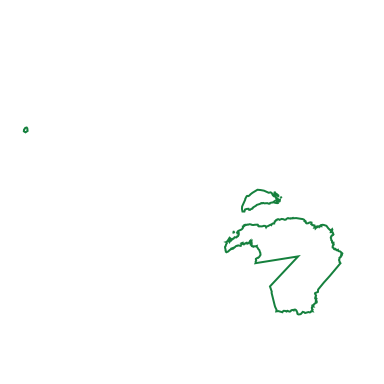 the district of Lau-Mbaelela, Malaita, Solomon Islands, rotated 310°
{"feature_id": "97153195B87820202711948", "entity_name": "Lau-Mbaelela", "entity_type": "district", "adm_level": 2, "iso_a3": "SLB", "parent_name": "Solomon Islands", "parent_adm1": "Malaita", "projection": "orthographic", "projection_center": [160.756, -8.207], "detail": "fine", "context": "isolated", "style": "outline", "palette": "green", "viewbox_px": 384, "rotation_deg": 310, "n_neighbors": 0, "source": "geoboundaries", "source_scale": "gbopen_adm2", "svg_char_len": 6143}
<svg xmlns="http://www.w3.org/2000/svg" viewBox="0 0 384 384"><g transform="rotate(310 192 192)"><path d="M154.7,333.3L156.2,334.6L158.0,338.5L158.5,338.3L159.9,338.6L160.8,339.8L161.2,341.3L161.6,341.4L161.9,341.2L162.3,341.4L162.9,343.3L163.3,343.9L164.8,344.2L165.3,344.1L166.4,345.0L166.7,346.1L167.5,345.9L168.2,346.5L168.4,347.4L168.2,348.5L167.9,348.7L167.4,350.2L166.8,350.6L166.4,351.3L166.6,352.2L167.8,353.4L168.5,353.8L171.4,353.9L172.0,355.4L172.0,356.4L174.9,358.4L175.5,359.7L176.2,360.1L177.1,359.9L177.7,360.2L178.1,360.9L178.3,360.3L179.4,360.0L179.4,359.2L179.8,358.8L180.4,358.6L180.4,358.2L181.9,357.6L182.3,358.3L182.5,357.5L182.9,357.9L183.2,357.9L183.5,357.6L183.7,357.8L185.0,357.6L186.1,358.1L186.5,357.9L187.4,358.5L188.0,358.3L188.3,357.9L187.7,357.2L188.9,356.3L189.1,356.6L189.5,356.1L190.1,355.9L189.7,355.3L189.6,354.9L189.8,354.6L190.2,354.6L190.6,354.2L191.1,354.4L191.7,353.7L192.3,353.7L193.1,352.2L193.1,351.6L193.8,351.3L196.4,352.7L198.4,351.3L207.6,351.2L216.2,351.5L232.9,351.5L233.2,350.0L233.6,349.9L234.4,348.3L235.8,347.9L236.2,347.3L237.1,347.3L237.8,347.7L238.2,347.5L239.1,347.5L239.2,347.1L239.8,347.2L240.1,346.6L240.5,346.9L240.7,346.5L241.0,346.7L241.6,346.6L241.7,343.8L241.0,342.4L241.1,341.7L241.5,341.0L241.2,340.9L240.8,341.1L240.6,340.8L240.3,340.0L240.6,339.5L240.3,338.8L240.5,338.4L239.7,338.0L239.6,337.4L240.2,336.2L239.9,335.4L241.0,334.5L242.7,334.4L242.8,333.5L243.2,333.2L243.9,333.3L244.2,332.9L243.3,332.1L243.5,331.6L244.6,330.6L244.7,329.5L245.3,329.1L246.1,327.7L246.7,327.4L247.2,327.5L247.6,327.1L248.4,327.3L248.8,327.1L249.7,327.7L250.5,327.6L250.7,327.0L251.5,325.8L251.2,324.6L250.8,324.6L250.4,324.1L251.2,323.7L252.4,324.1L253.4,323.7L253.6,323.3L252.8,323.3L252.1,322.7L251.6,322.0L251.8,319.7L252.5,316.7L251.5,314.2L250.8,313.1L249.8,312.3L249.6,312.5L249.6,312.2L249.1,311.9L248.6,312.0L248.4,312.6L248.1,312.3L248.0,311.7L247.5,311.5L247.2,311.9L246.9,311.9L247.1,311.1L246.3,310.1L245.9,310.4L246.0,311.2L245.3,310.1L243.5,310.0L244.3,309.0L243.7,308.6L244.6,308.4L244.4,307.8L245.1,307.3L244.6,306.2L243.9,305.5L244.2,304.8L244.0,304.1L244.6,303.9L245.4,303.2L244.9,302.2L243.8,301.4L243.1,301.3L241.9,300.3L241.6,299.9L241.6,299.2L242.2,298.5L242.1,297.6L241.9,297.4L241.9,297.2L242.6,297.3L242.6,296.9L242.4,296.7L242.8,295.7L242.4,294.2L241.6,292.9L239.0,288.6L237.0,286.5L237.1,286.0L236.5,285.6L236.0,285.6L235.5,284.8L235.0,284.6L235.0,284.2L234.0,283.3L233.9,282.6L233.6,282.2L232.2,281.7L231.1,281.6L230.2,280.7L229.9,279.5L229.0,278.0L226.9,276.9L226.8,275.9L226.4,275.3L225.0,274.6L224.7,274.9L224.0,274.5L223.2,274.6L222.7,274.3L222.2,274.7L221.2,274.8L220.7,275.2L219.7,274.1L218.6,273.8L217.7,274.0L217.7,273.4L217.5,273.2L214.2,271.9L213.7,271.4L213.1,271.3L212.6,271.4L213.0,270.5L213.0,269.8L212.3,268.8L211.0,268.0L210.0,267.0L209.4,266.0L208.7,265.5L208.6,264.5L209.0,264.3L209.2,263.3L207.3,261.2L206.1,260.2L205.3,259.0L205.0,257.9L204.2,256.7L202.9,255.9L202.7,255.4L202.0,255.0L201.7,254.6L201.4,254.2L201.1,254.4L200.7,254.2L200.7,253.6L200.4,253.4L199.8,253.2L199.2,253.7L198.8,253.4L198.5,253.6L198.2,253.3L198.0,253.6L197.1,254.1L196.8,254.0L196.2,254.2L195.0,254.0L192.2,252.6L191.1,253.2L190.7,254.2L189.9,254.7L189.4,255.2L187.7,255.6L186.9,255.1L186.4,255.3L185.7,255.2L184.7,253.7L182.9,253.8L182.3,253.2L181.6,253.4L181.0,253.0L179.8,253.2L178.8,252.6L177.7,252.9L177.9,251.9L178.4,251.7L179.5,251.9L180.2,251.3L181.1,251.5L181.1,250.2L178.3,250.6L176.0,250.7L175.7,250.5L175.8,250.8L175.5,250.9L175.2,251.6L173.8,251.8L171.9,252.6L171.4,252.5L170.7,253.0L169.2,255.0L168.6,255.4L168.4,256.4L168.0,256.5L168.0,257.1L169.8,258.0L171.3,258.1L173.2,258.6L175.0,259.9L175.7,260.0L175.4,259.3L177.2,260.3L178.5,260.4L179.5,260.8L180.1,261.5L180.5,261.5L181.0,262.0L182.0,263.9L182.5,263.6L184.0,263.7L184.4,263.4L184.4,262.9L185.1,263.3L185.3,263.2L185.7,263.5L185.0,264.1L185.2,265.4L185.8,265.4L186.3,265.8L186.7,265.7L188.3,266.5L188.0,267.3L188.4,267.3L188.4,267.7L189.0,268.2L189.5,268.0L189.4,267.4L189.8,268.3L191.0,268.3L191.9,267.9L192.4,268.0L191.6,268.6L191.8,269.2L192.3,269.3L191.8,269.6L191.8,270.6L192.0,270.9L191.7,270.7L191.4,269.7L190.1,270.1L189.8,270.4L190.3,270.7L190.3,271.3L189.3,271.6L189.1,272.3L189.0,272.6L189.4,273.0L189.4,274.1L190.3,274.3L190.7,275.2L192.2,276.2L191.7,276.4L191.6,277.6L190.9,279.5L190.8,280.8L189.5,282.9L189.4,283.3L187.9,284.9L185.5,285.2L184.1,285.0L183.9,284.6L181.9,283.9L181.6,284.0L180.9,285.1L179.6,285.5L179.2,286.1L178.3,286.4L210.9,314.7L169.8,312.4L166.9,317.2L165.9,317.8L158.1,328.5L157.3,329.8L156.1,332.5L154.7,333.3ZM242.6,264.3L241.9,263.6L241.8,262.0L241.7,261.7L241.3,261.6L241.9,261.4L241.9,260.5L241.7,260.5L241.5,260.8L241.4,260.3L241.7,260.1L242.0,259.0L241.4,257.5L241.6,256.7L241.4,256.2L242.4,253.9L242.3,252.5L240.7,251.2L239.3,246.3L237.6,243.3L235.8,240.7L230.2,238.8L227.9,238.3L226.2,238.2L225.1,237.8L224.5,236.8L223.9,236.6L221.0,237.2L220.3,237.7L213.1,239.7L211.2,241.1L209.5,243.2L210.7,244.7L212.7,243.9L214.2,244.8L215.5,246.1L215.0,246.9L215.5,247.9L216.6,248.1L218.0,248.9L218.6,248.7L218.7,248.9L219.7,248.8L222.5,249.8L223.7,249.9L226.5,251.7L228.1,252.2L228.5,252.7L228.4,253.0L229.4,253.6L229.8,254.7L231.9,256.9L232.3,258.2L233.0,259.0L233.8,258.9L235.0,259.7L235.7,260.5L237.1,260.9L236.7,261.0L236.7,261.6L237.7,263.6L238.1,263.8L239.6,262.7L240.4,263.4L241.0,265.1L241.4,265.1L242.6,264.3ZM135.1,23.9L134.0,23.1L131.7,23.3L130.4,24.2L130.7,26.1L133.1,26.8L134.9,24.9L135.1,23.9ZM191.5,252.7L191.2,252.4L189.9,252.6L189.5,253.4L189.9,253.7L190.5,253.7L191.5,252.7ZM243.0,257.2L242.7,255.9L242.4,255.8L242.0,256.3L242.3,257.6L242.6,257.8L242.9,257.7L243.0,257.2ZM244.6,257.0L245.0,255.7L244.8,255.6L244.3,257.1L244.4,258.4L244.9,258.9L244.9,258.0L244.6,257.0ZM239.3,263.8L238.9,263.3L238.4,263.8L238.3,264.5L238.6,264.8L238.8,264.9L239.1,264.4L239.3,263.8ZM244.8,259.3L244.5,259.0L244.1,259.2L244.1,260.1L244.3,260.7L244.6,260.4L244.8,259.3ZM188.4,249.5L188.3,249.4L187.6,249.8L187.9,250.2L187.9,250.9L188.4,249.5ZM245.2,263.5L244.9,263.1L245.1,264.4L245.2,264.1L245.2,263.5Z" fill="none" stroke="#15803d" stroke-width="2"/></g></svg>